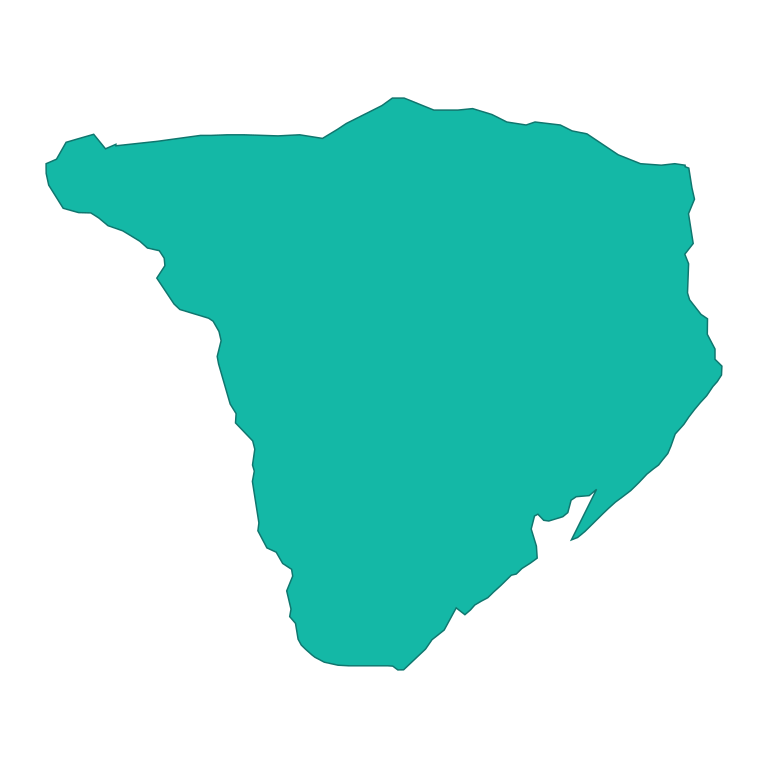 outline of Gbadolite, Équateur, Democratic Republic of the Congo
{"feature_id": "63176286B98421000452360", "entity_name": "Gbadolite", "entity_type": "district", "adm_level": 2, "iso_a3": "COD", "parent_name": "Democratic Republic of the Congo", "parent_adm1": "Équateur", "projection": "albers", "projection_center": [20.879, 4.254], "detail": "fine", "context": "isolated", "style": "filled", "palette": "teal", "viewbox_px": 768, "rotation_deg": 0, "n_neighbors": 0, "source": "geoboundaries", "source_scale": "gbopen_adm2", "svg_char_len": 2146}
<svg xmlns="http://www.w3.org/2000/svg" viewBox="0 0 768 768"><path d="M688.8,168.1L685.1,166.7L685.1,165.2L675.5,163.8L674.7,163.7L661.3,165.2L640.5,163.7L618.2,154.8L587.0,133.9L572.1,130.9L560.3,125.0L535.0,122.0L526.1,125.0L506.8,122.0L498.3,117.7L491.9,114.5L472.6,108.6L457.7,110.1L433.9,110.1L404.2,98.1L392.3,98.1L381.9,105.6L346.3,123.5L337.4,129.4L322.5,138.4L299.7,134.8L291.4,135.2L278.0,135.9L256.9,135.2L243.5,134.8L227.6,134.8L211.3,135.4L211.0,135.4L200.6,135.4L157.5,141.3L115.9,145.8L115.9,144.3L105.5,148.8L93.7,134.3L77.7,138.9L66.1,142.3L56.5,159.2L46.1,163.7L46.1,167.6L46.2,173.5L48.7,185.1L63.2,208.3L78.6,212.6L90.8,212.9L98.7,217.9L108.0,225.7L122.7,230.8L139.8,241.2L147.4,248.0L159.3,250.7L164.2,258.2L164.9,265.7L156.8,278.1L174.1,304.1L179.9,309.5L208.6,318.2L213.1,321.2L219.0,331.5L221.1,340.7L217.2,356.5L218.6,364.0L230.2,404.1L236.1,413.6L235.5,422.9L252.7,440.9L254.8,449.2L252.5,465.0L254.3,471.1L252.4,481.4L258.9,522.9L257.9,530.8L266.9,547.9L276.2,552.2L282.7,563.5L291.6,569.3L292.7,576.1L286.7,590.9L291.0,609.1L289.7,616.6L295.5,623.4L298.1,639.2L301.3,645.1L305.7,649.4L311.9,654.9L315.0,657.3L324.3,662.2L338.0,665.2L349.1,665.8L356.6,665.8L374.6,665.8L387.9,665.8L392.7,666.1L397.8,669.9L403.6,669.8L425.6,649.0L432.0,639.7L444.2,630.0L456.2,607.9L464.9,614.7L470.5,609.9L474.8,605.0L481.0,601.3L487.8,597.7L493.4,592.2L500.8,585.5L511.3,575.2L516.3,574.0L521.9,568.5L530.5,563.0L537.2,558.1L536.4,546.1L531.2,529.0L534.5,516.0L537.9,514.2L543.7,520.3L548.8,521.0L562.8,516.7L567.8,512.6L571.1,500.2L576.2,496.7L589.2,495.6L596.6,489.3L571.4,539.9L577.6,537.5L585.0,531.4L594.3,522.2L602.9,513.7L607.3,509.5L607.9,508.9L615.3,502.2L622.7,496.7L630.7,490.6L638.8,482.7L646.8,474.2L653.6,468.7L658.6,465.0L662.3,460.2L667.8,453.5L670.9,446.2L675.2,434.0L683.9,424.3L688.8,417.0L694.4,409.7L700.5,402.4L706.7,395.7L712.9,386.5L717.2,381.7L721.5,375.0L721.9,366.1L715.0,359.3L715.0,349.0L707.3,334.3L707.5,318.8L701.0,314.4L689.6,299.8L687.5,292.9L688.6,263.8L684.8,254.2L693.2,243.5L688.5,213.7L694.5,199.2L692.1,188.6L692.0,188.3L688.8,168.1Z" fill="#14b8a6" stroke="#0f766e" stroke-width="1.5"/></svg>